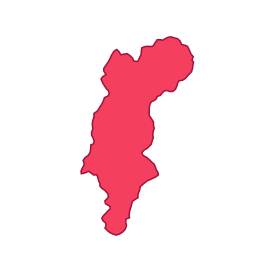 Pedra Bonita, Minas Gerais, Brazil, rotated 206°
{"feature_id": "56859067B30367542066922", "entity_name": "Pedra Bonita", "entity_type": "district", "adm_level": 2, "iso_a3": "BRA", "parent_name": "Brazil", "parent_adm1": "Minas Gerais", "projection": "orthographic", "projection_center": [-42.378, -20.47], "detail": "fine", "context": "isolated", "style": "filled", "palette": "rose", "viewbox_px": 256, "rotation_deg": 206, "n_neighbors": 0, "source": "geoboundaries", "source_scale": "gbopen_adm2", "svg_char_len": 2258}
<svg xmlns="http://www.w3.org/2000/svg" viewBox="0 0 256 256"><g transform="rotate(206 128 128)"><path d="M80.1,99.2L81.9,101.5L84.2,102.7L86.1,104.8L88.8,107.0L91.5,107.7L94.0,108.6L98.1,109.7L102.6,110.0L104.8,111.9L103.8,115.3L102.0,117.8L101.1,120.2L100.0,123.4L100.7,127.5L101.0,130.4L102.8,132.7L103.8,135.9L104.3,139.3L106.0,141.2L107.8,144.6L111.6,147.0L114.6,148.7L115.7,151.3L117.0,154.0L118.2,156.6L118.6,159.1L118.5,161.8L117.0,163.6L115.6,165.8L115.3,169.5L113.2,171.5L112.7,174.1L111.8,177.0L109.6,178.7L106.4,179.2L103.7,180.5L102.3,183.7L102.5,187.4L103.1,190.1L102.8,192.9L100.0,194.7L98.1,197.8L97.4,200.8L96.5,203.6L95.6,206.4L96.1,209.8L97.3,213.2L98.0,215.9L100.4,217.3L100.5,220.6L103.9,222.2L106.4,224.3L108.5,226.1L110.4,227.5L113.0,227.3L116.4,226.6L119.5,229.1L122.8,230.0L125.6,229.3L129.0,228.9L131.5,227.4L133.5,224.9L135.3,222.1L137.8,221.5L140.5,220.1L141.0,216.5L141.4,212.6L143.6,211.0L146.1,210.1L148.8,208.3L150.7,206.2L149.8,203.0L148.5,200.1L148.4,195.5L148.4,192.1L152.1,190.7L154.6,192.9L158.5,194.1L161.6,194.4L164.0,192.6L166.6,190.7L170.0,192.9L172.7,193.6L174.3,190.6L174.7,186.5L174.6,183.6L174.6,181.0L175.0,176.9L175.6,173.3L175.9,170.8L174.6,168.5L171.2,166.3L173.3,162.9L173.7,160.2L171.3,158.0L167.9,155.7L164.6,153.8L161.6,152.7L159.9,150.5L160.1,147.9L162.5,145.0L162.0,141.5L162.0,137.7L162.5,135.1L162.6,132.6L163.1,129.6L165.0,126.2L163.4,122.9L162.9,118.8L161.5,115.2L159.3,111.9L158.8,107.9L157.5,105.5L155.3,103.9L152.7,101.5L152.1,98.5L154.0,96.6L152.5,93.2L151.4,89.5L151.7,86.0L153.6,82.5L154.1,79.1L151.6,76.7L151.3,74.3L151.5,71.6L151.3,68.6L149.9,66.4L147.9,68.0L146.1,69.7L144.6,71.8L141.5,71.3L138.3,70.7L135.5,72.3L133.5,70.3L131.5,68.0L129.0,65.9L127.6,63.3L124.9,62.3L121.6,61.8L119.2,60.9L117.1,59.9L115.3,57.1L116.8,52.3L115.0,50.0L112.6,49.9L109.6,49.6L108.6,47.2L109.7,44.9L110.6,41.6L111.7,38.4L111.9,35.1L109.4,33.5L106.7,32.9L105.0,31.0L104.8,27.9L101.0,26.6L98.5,26.1L95.6,26.0L91.6,26.6L89.0,29.2L86.8,32.8L86.1,36.3L86.7,39.9L88.8,42.4L89.9,45.2L87.3,48.0L88.7,50.0L89.8,52.9L90.4,56.3L91.0,59.7L91.9,63.7L90.5,66.6L88.5,69.7L90.0,72.9L90.2,76.5L91.2,80.8L89.6,84.6L87.6,88.9L85.4,91.4L83.8,93.5L81.6,96.2L80.1,99.2Z" fill="#f43f5e" stroke="#9f1239" stroke-width="1.5"/></g></svg>